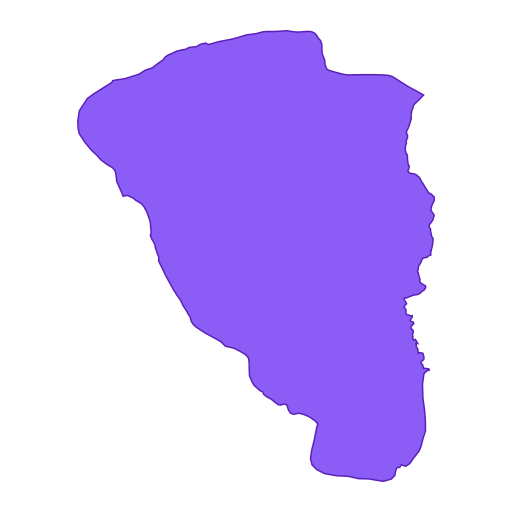 Ban Lung, Rôtânôkiri, Cambodia
{"feature_id": "14789045B59370140697229", "entity_name": "Ban Lung", "entity_type": "district", "adm_level": 2, "iso_a3": "KHM", "parent_name": "Cambodia", "parent_adm1": "Rôtânôkiri", "projection": "albers", "projection_center": [107.039, 13.672], "detail": "fine", "context": "isolated", "style": "filled", "palette": "violet", "viewbox_px": 512, "rotation_deg": 0, "n_neighbors": 0, "source": "geoboundaries", "source_scale": "gbopen_adm2", "svg_char_len": 4071}
<svg xmlns="http://www.w3.org/2000/svg" viewBox="0 0 512 512"><path d="M423.6,95.0L418.7,92.3L407.5,86.2L399.4,81.0L393.1,77.0L390.0,75.7L385.8,75.1L375.5,74.7L360.5,74.7L353.1,74.8L348.6,75.0L343.3,74.3L334.8,72.1L329.9,70.6L327.1,69.4L326.1,67.5L325.0,64.2L324.7,60.1L323.7,57.5L322.4,54.5L321.9,50.5L321.9,47.0L321.8,44.0L320.5,40.5L318.5,38.4L316.8,35.6L314.8,33.3L311.9,31.8L308.5,31.4L303.9,31.6L298.3,32.1L294.2,31.8L289.7,31.2L287.0,30.7L281.5,31.1L277.9,31.3L272.2,31.6L269.0,31.4L263.1,31.8L255.8,33.7L250.3,34.4L246.6,34.9L242.3,36.2L237.0,37.8L231.8,39.1L225.8,40.3L220.0,41.4L217.1,42.1L215.6,42.5L211.8,43.7L207.8,44.5L205.9,43.1L203.7,43.5L200.2,44.4L196.8,46.5L193.8,46.9L189.0,47.5L185.6,49.3L183.0,49.7L180.1,50.3L176.5,51.2L172.3,53.3L168.2,55.0L165.2,57.0L163.4,59.6L160.7,61.5L156.5,64.5L152.2,67.9L145.2,70.2L139.0,74.2L130.8,76.8L124.7,78.7L116.6,79.9L112.6,80.7L111.8,82.5L102.8,88.1L93.7,93.9L87.3,98.5L79.4,110.7L77.8,120.8L78.1,128.6L79.3,133.7L81.9,137.7L83.4,140.0L85.8,143.4L89.9,148.4L92.1,150.9L96.9,155.3L98.7,157.3L100.6,159.6L106.8,164.3L112.4,167.6L115.0,170.6L116.1,175.2L116.7,181.4L122.2,193.7L123.1,196.2L127.4,195.4L130.5,196.8L133.3,198.2L135.9,200.4L138.8,202.0L141.7,203.9L143.9,206.6L145.2,209.0L146.6,211.4L147.8,214.7L149.0,218.0L150.2,222.0L150.5,224.4L150.7,227.4L151.1,230.7L151.2,233.3L150.3,235.2L151.3,237.8L151.9,239.3L153.6,242.0L155.0,244.8L155.4,247.9L156.3,250.5L157.8,254.8L158.9,257.4L158.8,259.2L158.6,260.9L159.5,262.8L161.7,267.1L166.1,276.4L169.2,281.9L173.4,289.6L177.1,295.4L179.9,299.3L181.4,302.0L183.2,305.9L185.9,309.9L188.3,314.2L190.3,317.3L191.2,321.2L192.8,323.8L195.0,326.2L199.2,329.1L201.6,330.7L206.0,333.5L216.4,339.1L220.7,341.6L225.5,346.2L234.3,348.3L241.3,352.0L245.9,354.9L248.5,358.1L249.1,362.2L249.4,374.2L249.6,376.1L252.0,381.8L254.2,385.5L257.3,388.2L259.8,390.5L262.9,392.1L263.8,394.5L267.3,397.2L271.1,399.1L273.1,400.7L276.0,403.0L278.1,404.6L280.4,405.1L284.3,404.0L286.9,405.0L288.4,409.9L290.4,413.1L293.6,414.3L298.8,413.2L303.9,414.5L309.3,416.8L315.5,421.2L317.8,424.0L316.8,427.2L315.5,433.4L314.1,440.8L311.7,450.0L310.5,458.5L311.2,461.5L312.0,464.8L316.7,469.6L324.6,473.6L332.8,475.1L336.2,475.7L348.2,476.3L358.8,478.7L368.8,478.9L375.7,480.1L383.6,481.3L391.4,479.0L394.9,475.3L395.5,471.4L396.7,467.8L399.8,467.3L401.3,464.9L405.9,466.2L409.8,463.5L414.1,457.4L419.2,450.9L421.1,446.0L423.1,438.2L425.5,430.9L425.4,421.0L424.6,410.5L422.9,397.8L422.5,384.2L423.9,373.8L426.7,371.0L429.3,370.1L428.7,368.8L426.9,368.7L425.5,368.3L423.8,368.5L422.5,364.6L420.7,362.7L421.1,361.5L422.5,360.8L423.9,359.2L423.9,356.7L422.8,353.2L419.5,352.6L418.1,353.3L418.0,351.0L417.9,349.3L416.3,346.7L416.3,344.9L415.9,343.5L417.8,343.6L416.7,341.5L415.2,339.4L413.8,340.1L412.5,338.4L413.0,336.5L412.5,334.8L413.4,331.6L413.0,330.2L410.9,328.3L411.3,326.3L413.8,323.7L413.0,321.8L411.0,321.4L410.0,320.1L411.2,318.7L412.3,316.9L412.2,315.6L410.6,315.9L408.9,315.1L406.7,314.5L405.8,313.2L406.0,310.1L404.2,306.9L404.8,305.5L406.6,303.8L405.6,301.6L404.2,299.7L404.5,297.9L406.8,297.9L409.7,296.5L414.1,295.0L417.3,294.6L420.1,293.4L421.7,291.6L424.6,289.6L425.7,287.5L425.5,285.9L421.6,283.5L419.7,281.8L420.1,279.6L418.9,276.0L418.3,272.9L417.5,271.7L418.4,268.5L418.4,266.4L420.7,262.8L421.8,260.1L422.3,258.7L424.5,257.7L426.9,257.4L428.5,255.9L430.9,254.9L430.6,253.0L431.7,248.4L432.4,245.8L432.9,241.2L433.1,238.5L431.7,236.5L431.1,233.3L430.5,231.0L430.7,229.4L429.2,227.1L429.4,224.6L431.2,222.4L432.8,220.1L434.2,215.2L432.3,212.3L430.8,210.3L431.7,205.9L432.6,203.8L434.2,200.6L434.2,197.0L431.3,194.2L428.6,192.7L425.7,188.1L423.5,184.5L421.2,180.9L419.7,177.8L416.3,174.8L413.6,173.7L410.4,173.4L408.5,172.0L407.9,170.8L408.8,168.8L409.3,166.3L408.0,163.7L407.5,159.0L407.3,154.9L406.2,153.2L405.3,150.1L405.5,145.5L406.4,143.8L406.3,140.3L407.5,138.0L407.5,135.1L406.3,132.7L406.8,130.8L407.7,129.2L409.1,125.7L409.9,123.1L411.2,118.9L411.1,115.2L411.8,110.7L413.0,107.8L413.8,104.8L419.9,98.9L423.6,95.0Z" fill="#8b5cf6" stroke="#5b21b6" stroke-width="1.5"/></svg>